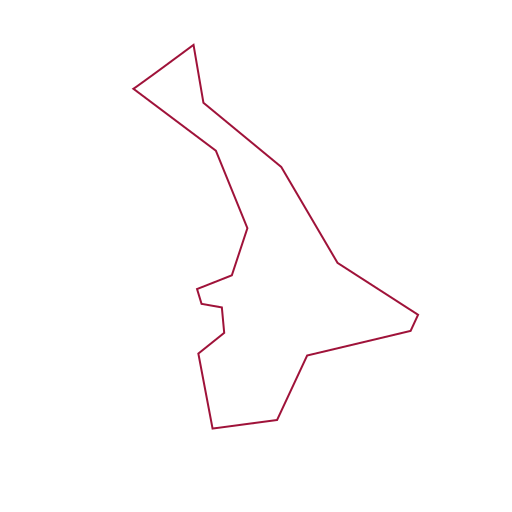 the district of Malakal, Upper Nile, South Sudan, rotated 20°
{"feature_id": "79223893B90064315418203", "entity_name": "Malakal", "entity_type": "district", "adm_level": 2, "iso_a3": "SSD", "parent_name": "South Sudan", "parent_adm1": "Upper Nile", "projection": "robinson", "projection_center": [31.585, 9.673], "detail": "fine", "context": "isolated", "style": "outline", "palette": "rose", "viewbox_px": 512, "rotation_deg": 20, "n_neighbors": 0, "source": "geoboundaries", "source_scale": "gbopen_adm2", "svg_char_len": 448}
<svg xmlns="http://www.w3.org/2000/svg" viewBox="0 0 512 512"><g transform="rotate(20 256 256)"><path d="M315.6,411.4L331.9,402.9L338.1,332.0L426.9,273.5L428.4,255.8L335.0,234.6L249.3,163.7L154.2,130.0L125.1,79.0L123.2,81.8L110.6,100.8L99.1,118.1L85.7,137.9L83.6,140.8L182.3,170.8L238.4,232.8L239.9,282.4L211.9,307.2L221.2,319.6L241.5,316.0L252.4,339.1L235.2,367.4L274.2,433.0L315.6,411.4Z" fill="none" stroke="#9f1239" stroke-width="2"/></g></svg>